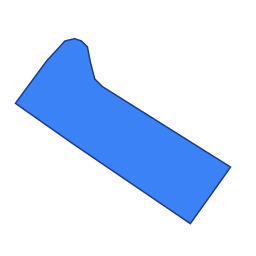 outline of Al Farafra Oasis, Al Wadi at Jadid, Egypt, rotated 215°
{"feature_id": "37247803B67299056810507", "entity_name": "Al Farafra Oasis", "entity_type": "district", "adm_level": 2, "iso_a3": "EGY", "parent_name": "Egypt", "parent_adm1": "Al Wadi at Jadid", "projection": "robinson", "projection_center": [27.531, 27.044], "detail": "fine", "context": "isolated", "style": "filled", "palette": "blue", "viewbox_px": 256, "rotation_deg": 215, "n_neighbors": 0, "source": "geoboundaries", "source_scale": "gbopen_adm2", "svg_char_len": 375}
<svg xmlns="http://www.w3.org/2000/svg" viewBox="0 0 256 256"><g transform="rotate(215 128 128)"><path d="M234.4,83.7L230.3,83.6L230.2,83.6L163.8,83.5L22.1,85.4L22.0,97.6L21.7,135.7L21.6,154.8L172.7,147.2L183.4,149.1L196.0,159.8L207.8,171.2L216.2,172.5L222.9,170.6L229.5,163.2L233.1,136.8L234.4,83.7L234.4,83.7Z" fill="#3b82f6" stroke="#1e3a8a" stroke-width="1.5"/></g></svg>